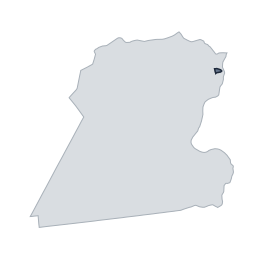 Libya, with Al Jifarah highlighted, rotated 85°
{"feature_id": "LBY-2973", "entity_name": "Al Jifarah", "entity_type": "Municipality", "adm_level": 1, "iso_a3": "LBY", "parent_name": "Libya", "parent_adm1": "", "projection": "equal_earth", "projection_center": [13.064, 32.491], "detail": "fine", "context": "in_parent", "style": "filled", "palette": "slate", "viewbox_px": 256, "rotation_deg": 85, "n_neighbors": 0, "source": "natural_earth", "source_scale": "10m", "svg_char_len": 3204}
<svg xmlns="http://www.w3.org/2000/svg" viewBox="0 0 256 256"><g transform="rotate(85 128 128)"><path d="M39.1,67.0L40.5,66.3L42.4,65.3L43.4,64.7L43.8,64.1L45.3,61.8L46.1,60.5L47.1,58.7L47.6,57.5L47.6,56.3L47.4,55.0L46.7,51.7L46.1,48.5L46.6,47.3L47.0,46.7L47.9,45.2L48.2,44.9L50.2,44.4L50.9,43.4L51.5,42.2L51.7,41.5L52.5,40.9L53.5,40.2L54.1,39.3L56.1,37.9L58.0,36.7L60.1,35.3L61.8,34.3L62.1,33.4L62.1,32.7L61.2,30.9L61.2,28.9L61.3,27.1L61.4,26.1L61.8,23.3L61.8,22.9L63.5,23.8L65.3,24.2L70.5,27.7L72.1,28.1L75.7,28.6L80.0,27.1L81.7,26.9L84.5,28.2L85.7,28.6L87.8,28.7L91.4,29.9L92.3,30.3L94.4,32.3L95.4,32.9L102.9,34.7L103.9,35.8L104.9,38.1L105.0,40.9L105.6,43.0L106.5,45.6L107.7,47.5L108.9,49.1L110.4,50.0L113.6,51.5L117.3,52.0L121.1,52.2L127.5,54.2L132.9,56.5L134.3,57.7L137.0,58.8L142.6,64.2L145.6,66.1L147.7,66.5L149.6,66.2L153.0,64.3L154.3,63.1L157.6,58.4L158.6,56.0L159.0,54.3L158.9,52.5L158.4,50.9L157.4,49.3L156.7,47.1L156.2,43.2L156.7,40.5L157.3,38.9L158.3,37.2L161.0,34.1L163.7,31.8L168.6,28.9L171.4,28.9L172.6,28.6L174.9,26.5L175.9,26.5L177.2,27.0L181.1,26.8L182.8,27.4L184.9,28.7L187.5,29.5L189.3,30.3L191.3,31.3L191.9,33.8L191.7,34.6L191.7,35.5L193.7,37.3L199.5,38.1L200.6,38.6L202.3,39.9L203.3,40.4L207.2,40.5L209.5,40.2L211.7,40.7L212.6,41.2L213.4,42.2L214.6,44.8L215.0,45.6L214.6,46.1L214.0,47.0L213.6,47.8L212.7,49.0L211.8,50.4L212.0,52.5L212.3,54.5L213.0,56.6L213.6,58.8L213.5,60.3L213.1,62.1L212.7,63.6L211.1,66.7L210.9,67.5L211.0,68.5L212.2,72.2L212.3,73.4L213.1,77.0L213.8,79.9L214.5,82.3L214.6,82.9L214.7,86.3L214.9,89.7L215.0,93.1L215.1,96.5L215.3,100.0L215.4,103.4L215.5,106.8L215.7,110.3L215.8,113.7L215.9,117.1L216.0,120.6L216.2,124.0L216.3,127.5L216.4,130.9L216.5,134.4L216.6,137.9L216.8,141.3L216.9,144.8L217.0,148.3L217.1,151.8L217.2,155.2L217.3,158.7L217.4,162.2L217.5,165.7L217.7,169.2L217.8,172.7L217.9,176.2L218.0,179.7L218.1,183.2L218.2,186.7L218.3,190.2L218.4,193.8L218.6,201.6L218.8,209.4L219.0,217.2L219.3,225.1L219.2,225.1L216.2,225.2L213.3,225.2L210.4,225.2L207.5,225.2L207.6,227.2L207.6,229.1L207.7,231.1L207.7,233.1L202.0,229.3L196.3,225.6L190.6,221.9L184.9,218.2L179.2,214.4L173.5,210.7L167.8,207.0L162.1,203.3L156.5,199.6L150.8,195.8L145.1,192.1L139.5,188.4L133.9,184.7L128.2,181.0L122.6,177.3L117.0,173.7L113.2,171.1L109.0,173.6L105.8,175.5L101.5,178.1L96.6,181.4L92.8,184.0L92.6,184.0L92.5,183.9L88.5,179.6L85.4,176.2L84.1,175.2L78.3,173.5L72.5,171.8L66.5,170.0L65.4,167.2L64.2,164.2L62.5,160.3L61.5,158.0L61.2,157.6L56.6,155.7L51.7,153.9L48.8,155.0L48.3,154.9L47.5,154.2L46.7,153.3L46.3,152.0L45.2,150.2L44.1,146.2L44.1,143.0L43.9,141.8L41.4,137.3L39.1,133.2L37.6,130.5L37.3,129.3L37.5,127.8L38.1,126.4L40.4,124.8L42.4,123.0L42.7,121.8L42.8,118.5L42.2,117.5L41.7,115.5L41.3,112.8L41.2,111.1L42.2,107.7L43.2,104.1L42.6,100.2L42.2,92.3L42.6,86.1L42.4,83.9L42.2,83.0L41.5,80.1L40.7,77.1L40.4,76.0L39.4,73.6L37.6,70.6L36.7,68.8L38.0,67.8L39.1,67.0Z" fill="#d9dde1" stroke="#a8b0b8" stroke-width="1"/><path d="M81.3,35.8L80.6,35.8L80.2,36.1L79.1,36.3L78.1,36.4L76.5,36.6L76.6,35.5L76.5,34.4L77.4,32.1L77.7,31.5L78.2,30.5L79.3,29.8L79.4,29.7L80.3,30.8L80.4,32.0L80.6,33.6L80.6,34.7L81.1,35.5L81.3,35.8Z" fill="#64748b" stroke="#1e293b" stroke-width="1.5"/></g></svg>